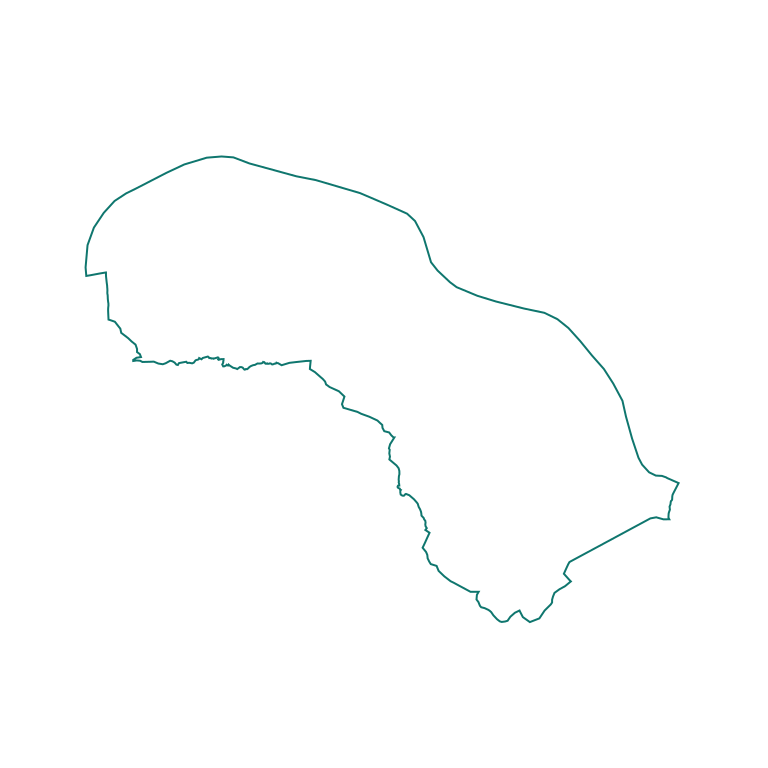 Svinita, Mehedinti, Romania, rotated 161°
{"feature_id": "2599482B92352597607392", "entity_name": "Svinita", "entity_type": "district", "adm_level": 2, "iso_a3": "ROU", "parent_name": "Romania", "parent_adm1": "Mehedinti", "projection": "equal_earth", "projection_center": [22.119, 44.547], "detail": "fine", "context": "isolated", "style": "outline", "palette": "teal", "viewbox_px": 768, "rotation_deg": 161, "n_neighbors": 0, "source": "geoboundaries", "source_scale": "gbopen_adm2", "svg_char_len": 4486}
<svg xmlns="http://www.w3.org/2000/svg" viewBox="0 0 768 768"><g transform="rotate(161 384 384)"><path d="M399.4,204.2L399.3,203.6L399.1,201.6L398.4,198.5L393.5,194.9L393.2,189.5L389.6,182.5L385.2,175.8L382.7,173.3L380.7,171.1L369.9,159.4L362.2,156.7L364.8,154.4L366.7,150.1L365.7,147.1L365.5,143.1L364.8,141.3L361.8,139.3L358.8,136.4L357.8,135.0L356.9,133.4L355.9,129.7L353.7,124.8L351.8,121.9L350.2,120.7L346.8,120.0L344.2,119.9L343.7,120.3L340.3,122.8L334.7,125.1L329.6,125.7L329.5,124.6L328.6,118.4L323.6,111.4L313.4,111.8L313.0,112.1L305.9,117.5L298.0,121.3L296.2,122.7L295.3,125.3L293.4,128.0L290.8,131.0L284.9,132.8L278.6,133.9L273.0,136.0L271.6,136.5L272.2,137.7L275.7,146.0L272.8,149.1L270.9,151.1L268.5,153.6L266.7,155.2L265.4,155.5L175.9,170.2L169.9,169.3L169.4,168.9L166.5,166.9L163.9,165.1L158.3,163.2L158.4,163.9L158.5,165.2L158.0,166.5L157.1,168.7L156.5,169.7L154.6,172.1L153.9,175.1L152.3,177.0L151.6,178.5L151.2,179.3L150.7,179.9L149.8,180.3L149.1,181.1L148.6,182.4L148.0,183.9L147.2,185.3L145.5,187.0L137.7,194.4L146.8,202.8L147.7,203.9L151.1,206.6L156.8,208.9L162.1,214.2L166.2,223.7L167.4,231.4L167.2,251.7L165.8,274.5L164.0,290.5L167.1,309.8L171.2,326.6L178.1,343.3L184.5,360.7L191.4,376.9L198.9,388.8L209.2,399.1L227.1,409.8L251.2,425.5L267.0,437.0L283.8,451.9L288.5,458.8L296.4,473.8L299.9,483.8L298.8,510.0L301.6,528.0L306.7,537.5L323.2,553.0L344.5,572.3L382.1,599.0L399.2,608.9L439.5,636.4L452.6,647.3L463.5,652.0L477.9,655.7L501.4,656.6L520.9,654.5L555.3,649.5L565.7,648.2L579.1,644.8L593.2,637.1L607.4,626.3L619.1,611.8L628.2,591.4L630.3,583.1L626.1,582.4L616.6,581.0L610.6,580.0L610.7,579.5L611.1,578.5L611.8,576.2L612.5,573.1L613.1,570.5L613.8,567.0L614.2,565.7L614.5,564.4L615.1,562.4L615.8,560.6L616.2,559.3L616.3,558.2L616.7,556.8L617.4,554.5L617.6,553.7L618.2,551.0L618.3,550.1L619.0,547.9L620.0,545.8L620.7,544.0L621.3,542.1L623.5,534.6L621.5,533.1L618.2,530.5L616.2,524.7L615.3,522.2L615.8,517.9L612.0,512.2L610.9,510.5L608.8,506.4L606.1,502.1L606.1,497.5L607.1,494.6L605.1,491.7L605.0,488.6L609.5,489.4L613.3,488.4L613.6,487.4L610.2,486.8L607.0,485.4L605.3,483.5L597.4,481.0L594.4,480.1L590.7,476.8L586.7,474.7L583.7,474.7L578.6,475.6L576.7,474.4L575.0,472.4L574.0,469.9L572.7,469.1L571.6,470.1L571.0,470.5L566.2,469.8L563.7,469.4L563.1,467.9L561.3,467.5L558.7,466.0L556.9,466.1L554.5,467.7L553.7,467.8L551.9,467.6L551.0,467.8L550.3,468.7L548.5,466.8L546.9,467.6L541.6,467.3L540.9,466.2L540.8,465.4L540.1,465.2L539.3,464.9L539.0,464.3L537.1,463.8L536.9,463.4L536.0,463.4L534.3,463.3L532.6,463.3L532.0,462.9L531.9,461.7L532.8,461.2L532.5,460.7L530.2,460.6L527.6,459.8L528.3,458.1L528.8,457.5L529.1,456.5L530.6,455.1L530.3,453.0L529.2,452.7L527.4,452.9L526.5,453.4L525.9,452.5L525.2,452.2L524.6,452.9L524.0,451.8L522.9,450.4L521.4,448.5L518.9,446.9L517.9,445.9L516.3,446.4L514.7,446.9L513.2,446.3L512.3,445.5L511.6,443.7L511.3,443.1L511.0,442.9L510.1,442.9L509.9,443.1L509.4,443.0L508.6,442.6L508.2,442.7L507.4,443.0L505.6,443.9L503.8,444.3L501.6,444.4L499.7,444.1L497.0,444.6L494.9,443.8L493.1,443.4L492.0,443.5L491.1,444.2L490.6,443.6L490.1,443.6L489.7,442.7L489.7,442.2L489.3,441.7L488.5,441.4L487.8,441.6L487.3,440.9L486.0,440.6L485.3,440.7L484.4,440.3L483.7,439.3L483.4,438.9L481.9,438.7L481.0,438.9L480.5,438.7L479.5,438.6L478.8,439.2L478.5,438.9L478.2,438.5L477.4,438.2L474.7,435.1L466.5,434.8L460.1,433.4L450.0,431.1L445.8,429.8L448.3,424.4L449.2,422.3L445.5,417.8L441.9,411.5L440.3,408.8L438.9,405.5L438.9,402.4L437.6,400.6L436.4,398.8L429.0,391.8L425.5,385.0L428.7,380.7L430.3,378.6L430.1,374.7L418.1,366.2L415.3,363.3L413.7,362.0L408.5,357.8L402.1,351.6L400.3,348.2L399.0,345.9L399.7,343.0L399.1,339.3L395.8,337.1L394.9,336.5L393.8,333.1L392.4,330.4L391.6,330.1L397.8,325.1L400.3,321.5L400.0,320.0L400.8,318.3L401.6,316.6L402.0,313.4L403.5,310.9L401.1,306.9L398.7,302.9L397.6,299.6L397.8,296.8L398.8,293.7L399.9,292.0L401.3,288.7L401.6,287.1L402.1,286.3L402.2,284.7L402.6,283.0L403.8,283.3L404.5,282.7L404.7,281.8L404.3,281.0L403.1,279.9L403.2,278.9L402.6,278.3L403.3,277.8L403.9,276.1L404.2,274.1L403.5,273.0L402.5,272.2L401.5,271.9L399.6,272.9L399.0,272.9L396.3,270.6L393.2,265.3L391.7,261.6L391.1,259.9L391.2,256.4L390.7,253.9L390.6,251.1L390.9,249.3L391.4,247.3L390.1,244.4L390.1,242.9L389.5,241.2L389.9,239.2L390.6,238.0L391.0,236.0L390.5,233.8L392.4,232.5L389.4,228.5L393.7,224.0L396.7,220.8L400.8,216.6L398.9,211.4L398.8,209.8L398.7,208.3L399.1,206.6L399.5,204.9L399.4,204.2Z" fill="none" stroke="#0f766e" stroke-width="2"/></g></svg>